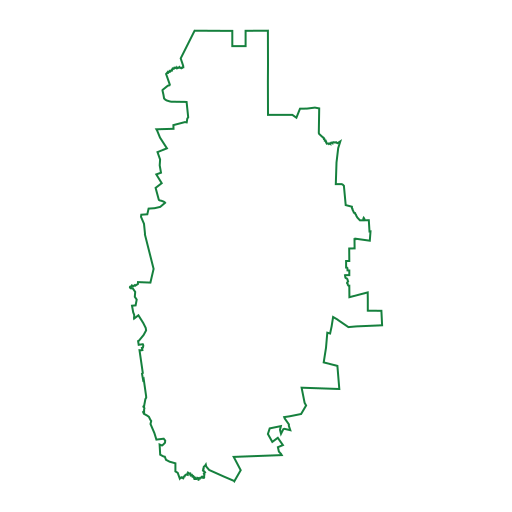 Madera, Chihuahua, Mexico (Equal Earth projection)
{"feature_id": "50627088B30045801041886", "entity_name": "Madera", "entity_type": "district", "adm_level": 2, "iso_a3": "MEX", "parent_name": "Mexico", "parent_adm1": "Chihuahua", "projection": "equal_earth", "projection_center": [-108.34, 29.346], "detail": "fine", "context": "isolated", "style": "outline", "palette": "green", "viewbox_px": 512, "rotation_deg": 0, "n_neighbors": 0, "source": "geoboundaries", "source_scale": "gbopen_adm2", "svg_char_len": 5907}
<svg xmlns="http://www.w3.org/2000/svg" viewBox="0 0 512 512"><path d="M167.6,72.2L166.1,74.0L169.8,84.6L169.5,85.3L167.8,85.7L162.7,89.8L162.5,90.1L162.5,90.6L163.4,94.5L164.1,98.5L165.5,99.8L166.8,100.5L169.7,101.4L171.2,101.7L184.7,101.9L186.6,102.0L188.2,117.3L187.3,118.6L186.7,122.4L184.9,122.1L173.4,125.1L173.5,128.8L156.4,129.3L157.2,130.7L160.0,137.6L166.9,148.3L157.5,152.1L160.1,159.5L159.7,165.4L161.0,172.7L156.3,174.4L161.7,183.2L155.6,187.9L158.8,199.7L159.0,200.0L159.9,200.5L161.2,200.7L163.6,201.6L164.7,202.3L165.1,202.8L160.2,206.9L154.6,208.2L148.6,208.6L147.3,214.3L141.3,214.7L141.0,216.8L144.0,223.8L145.0,233.8L144.9,234.4L153.6,268.9L150.4,282.6L138.0,282.1L137.9,284.0L135.2,285.7L134.8,285.1L133.0,286.3L131.9,285.4L131.1,286.6L130.7,286.5L130.1,286.7L130.0,286.9L129.9,287.3L130.0,287.6L130.7,288.3L132.7,288.3L135.2,291.9L134.8,296.8L136.7,299.6L135.6,305.4L132.0,305.7L133.2,312.3L133.3,312.6L134.1,314.6L134.2,315.2L134.2,316.4L134.0,318.0L134.1,318.6L138.4,315.3L143.3,323.1L145.7,327.9L146.1,330.4L143.6,335.0L139.0,340.6L138.1,341.1L138.7,344.8L142.8,344.2L143.0,344.4L143.3,345.7L142.9,347.6L141.9,347.9L142.4,350.1L141.6,350.3L139.5,350.2L142.8,373.0L142.0,373.7L143.1,379.9L143.7,379.1L146.1,396.0L146.2,397.7L145.4,399.0L144.6,403.3L144.4,404.3L144.1,406.2L143.9,406.4L143.5,406.3L143.4,406.4L143.6,407.1L144.1,407.3L144.4,408.4L144.1,409.4L144.1,410.9L144.0,411.2L143.7,411.3L143.1,412.0L143.4,412.4L143.8,412.3L143.8,412.1L144.1,412.1L144.1,412.8L143.8,413.2L143.7,413.5L143.9,413.8L147.0,415.5L148.9,416.8L150.3,419.7L151.2,421.0L150.5,424.0L154.4,433.1L156.4,439.6L163.7,438.7L165.2,440.6L165.0,442.7L163.2,444.6L162.0,445.5L159.6,444.5L160.2,454.7L163.6,456.5L164.8,456.7L166.0,459.8L169.6,461.7L175.4,463.3L175.4,471.4L177.7,472.8L179.8,478.6L180.1,478.2L180.7,478.0L180.8,477.6L181.6,477.2L182.3,477.4L182.3,477.9L182.9,478.0L183.2,478.3L183.5,477.9L183.7,477.0L183.9,476.7L184.1,476.5L184.6,476.4L184.6,475.9L184.9,475.7L185.1,475.3L185.4,475.1L185.8,474.7L187.1,474.3L187.3,474.8L187.7,474.9L187.7,474.6L187.5,474.4L187.6,473.2L188.2,473.0L188.2,472.7L188.4,472.8L188.5,473.2L189.5,473.5L190.0,474.1L190.2,474.6L190.3,474.6L190.6,474.1L190.9,474.9L190.9,475.0L190.6,475.1L190.6,475.4L190.7,475.6L191.4,475.5L191.8,475.5L192.1,475.2L192.2,475.4L192.3,476.0L192.4,476.3L192.9,475.8L193.3,476.0L193.8,476.8L193.8,477.6L193.9,477.8L194.1,478.0L194.3,477.5L194.5,477.5L194.3,478.9L194.4,479.0L195.0,479.0L195.0,478.6L195.2,478.4L195.1,478.0L195.2,477.8L195.3,477.9L195.7,478.4L196.1,478.4L196.2,479.0L196.3,479.0L196.7,478.4L197.3,478.4L197.4,477.9L197.6,478.0L197.7,478.4L197.8,478.5L197.9,478.4L198.0,478.5L198.3,479.7L198.6,479.8L198.7,479.7L198.6,479.0L199.0,478.7L199.1,478.2L199.8,478.4L199.8,478.1L200.2,477.7L201.4,477.7L201.6,477.5L201.6,477.3L201.8,476.8L202.0,476.6L202.3,476.6L202.7,477.0L202.9,477.6L203.1,477.9L204.0,477.8L204.2,477.4L204.1,476.1L204.4,474.5L204.4,474.4L203.9,473.9L203.8,473.7L204.3,472.9L204.8,472.7L205.1,472.4L204.9,472.1L204.6,471.9L204.3,471.4L203.6,471.1L203.2,470.8L203.0,470.6L203.3,470.1L203.4,469.8L203.1,469.2L203.2,468.9L203.6,468.6L203.7,468.2L203.6,467.4L203.8,466.8L205.3,465.4L205.8,464.6L206.2,466.5L209.2,470.0L223.7,476.5L234.0,480.9L234.3,481.3L240.7,470.2L233.7,456.9L281.7,455.1L281.0,453.9L278.9,451.6L277.9,447.2L282.9,445.1L277.8,437.8L272.3,441.9L267.9,434.0L269.7,428.4L280.9,426.1L280.0,429.8L281.0,433.8L283.3,429.2L284.3,428.8L290.3,430.2L288.8,425.7L288.9,424.4L284.8,418.6L284.2,417.1L289.6,416.3L301.1,414.0L306.1,405.5L304.6,402.8L301.6,387.7L339.3,389.0L337.4,365.9L323.7,362.4L326.0,347.8L327.3,332.7L330.1,333.5L331.6,326.5L333.1,317.0L337.6,319.6L338.0,320.0L348.4,327.1L356.3,326.4L382.1,325.3L381.4,310.8L367.8,310.7L367.8,299.8L367.7,292.4L349.4,297.2L349.3,285.7L348.5,285.7L347.8,284.8L347.6,283.5L347.4,283.2L347.1,283.1L347.1,282.9L347.1,282.7L347.4,282.4L347.5,282.1L347.9,281.7L348.1,281.4L347.8,280.7L347.4,279.2L346.7,278.4L346.0,278.2L345.6,277.9L345.4,277.6L345.0,275.2L345.4,275.1L349.3,275.1L349.3,270.5L347.5,270.4L347.4,268.1L346.8,267.5L346.1,267.5L346.1,261.0L349.3,261.0L349.2,248.5L354.6,248.4L354.5,239.1L355.5,239.1L355.5,238.7L369.8,240.7L370.5,231.4L369.5,231.5L368.8,220.2L364.7,220.3L364.4,219.0L364.1,218.4L363.7,217.8L363.4,218.4L363.3,220.3L359.9,220.3L357.2,217.4L356.9,216.7L356.4,216.0L355.9,214.6L355.2,213.8L355.1,213.1L354.5,213.0L353.8,212.6L353.7,212.0L352.6,209.9L352.6,209.1L352.2,208.8L351.9,207.8L351.9,206.7L345.7,205.1L343.9,185.8L342.8,184.7L341.7,184.1L335.8,184.1L336.5,162.5L338.2,148.1L340.3,141.4L337.5,143.2L336.7,142.8L336.3,142.3L336.0,142.4L335.7,142.3L335.3,142.5L335.1,142.4L334.2,142.5L334.1,142.3L333.4,142.2L333.0,142.3L332.3,142.8L332.3,143.1L331.6,142.6L331.2,142.6L330.6,143.2L330.4,143.4L330.4,143.7L330.1,143.4L329.6,143.4L329.3,143.9L328.9,144.1L328.4,143.5L327.8,143.4L326.8,143.7L326.1,142.4L326.0,142.1L326.1,141.7L325.8,141.5L325.7,140.7L325.3,140.7L324.8,140.7L324.8,140.1L324.4,139.0L323.9,139.0L323.7,138.3L323.7,137.8L323.0,137.3L322.8,137.3L319.2,134.0L318.8,133.0L319.2,108.4L314.9,107.6L306.9,108.6L300.0,108.7L296.4,117.7L292.4,114.9L268.0,114.9L267.9,81.7L268.0,64.8L267.9,30.7L245.6,30.8L245.6,46.1L232.3,46.1L232.3,30.9L194.6,30.7L180.7,58.4L183.2,65.9L183.3,67.2L183.2,67.2L182.9,67.4L182.7,67.1L182.4,67.4L181.9,67.6L182.0,68.0L181.3,68.3L180.8,67.9L180.2,67.9L179.7,67.3L179.5,67.6L179.2,67.6L179.1,67.3L178.8,67.6L178.7,67.5L178.2,67.7L177.4,68.0L177.3,67.9L177.3,68.2L177.1,68.3L176.7,68.1L176.5,68.3L176.3,68.2L175.9,67.8L175.7,67.9L175.6,68.1L175.6,67.8L175.6,67.7L175.3,67.6L175.2,67.9L174.5,68.1L174.3,68.0L174.2,68.3L173.9,68.7L173.2,68.4L172.9,68.4L172.9,69.0L172.7,69.2L172.4,69.0L171.7,69.8L171.7,70.3L171.8,70.6L170.8,70.8L170.2,70.8L170.3,71.1L170.3,71.5L169.8,71.9L169.1,71.7L168.3,72.0L168.2,72.1L168.2,72.6L168.0,73.0L167.8,73.0L167.6,72.2Z" fill="none" stroke="#15803d" stroke-width="2"/></svg>